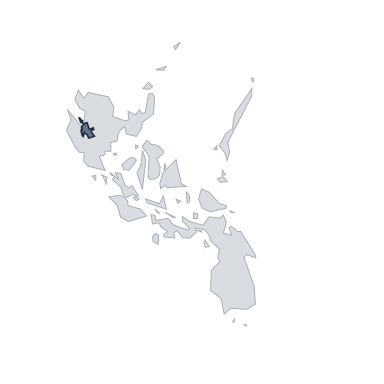 location of Davao del Norte within Philippines, rotated 160°
{"feature_id": "PHL-2591", "entity_name": "Davao del Norte", "entity_type": "Province", "adm_level": 1, "iso_a3": "PHL", "parent_name": "Philippines", "parent_adm1": "", "projection": "albers", "projection_center": [125.674, 7.446], "detail": "fine", "context": "in_parent", "style": "filled", "palette": "slate", "viewbox_px": 384, "rotation_deg": 160, "n_neighbors": 0, "source": "natural_earth", "source_scale": "10m", "svg_char_len": 5073}
<svg xmlns="http://www.w3.org/2000/svg" viewBox="0 0 384 384"><g transform="rotate(160 192 192)"><path d="M180.6,63.0L195.2,69.5L203.5,66.3L201.1,82.2L208.3,93.0L200.6,111.8L189.9,116.8L190.0,122.1L185.7,129.0L191.6,140.9L190.3,144.0L192.9,152.4L201.7,157.2L201.5,152.8L210.0,149.5L216.1,152.1L219.4,161.0L223.3,159.3L223.8,154.7L233.6,159.3L233.4,161.6L228.3,163.2L233.6,170.8L232.9,174.0L240.0,175.5L238.3,185.0L234.7,182.5L236.1,177.9L223.5,175.3L220.6,167.2L209.3,157.8L206.8,158.2L210.7,168.1L209.3,172.2L204.9,165.5L193.1,157.0L184.4,162.8L174.5,157.9L170.4,159.5L170.1,151.7L176.6,142.6L169.6,137.7L169.6,145.8L166.6,146.3L163.0,139.4L159.7,138.2L153.9,109.9L155.1,108.5L161.5,114.2L165.6,113.0L165.8,82.3L170.8,65.0L180.6,63.0ZM266.4,242.1L280.9,251.8L283.2,258.4L279.8,265.7L284.4,267.9L286.3,273.7L288.8,293.1L280.9,301.1L280.9,312.2L273.5,291.3L270.8,292.8L264.6,304.4L268.8,309.0L270.4,318.9L263.9,326.6L261.5,317.0L255.4,321.0L238.2,310.2L236.4,298.2L240.9,290.0L230.0,281.4L226.6,281.6L224.5,289.7L218.6,283.7L213.4,287.2L212.4,283.2L208.9,282.4L199.2,298.9L195.6,298.5L194.9,293.7L201.4,278.6L214.9,274.4L217.7,268.8L225.5,263.4L233.8,268.9L232.8,276.7L240.8,273.1L245.0,265.6L251.5,266.3L254.3,258.0L259.8,260.1L261.2,256.9L267.0,257.2L266.4,242.1ZM223.2,251.8L216.7,256.1L214.1,250.8L208.1,247.4L204.8,240.5L206.3,237.7L214.0,235.2L213.3,226.7L216.7,219.0L222.2,216.8L227.2,218.3L228.3,221.2L220.1,239.8L223.2,251.8ZM261.8,185.9L267.7,192.7L266.8,204.8L271.7,215.8L261.7,213.9L257.7,209.9L255.4,205.5L256.9,201.3L246.0,193.4L243.0,185.0L261.8,185.9ZM195.5,199.2L213.9,204.6L215.0,207.7L220.2,205.8L219.4,210.9L212.4,220.2L196.0,227.8L199.2,203.5L195.5,199.2ZM125.2,251.1L100.4,268.7L103.2,261.7L141.4,226.5L143.1,216.5L148.2,209.6L147.6,216.9L150.6,226.2L140.6,235.0L132.3,237.8L125.2,251.1ZM165.7,165.2L181.6,167.1L187.9,173.3L188.2,183.3L182.0,191.7L175.8,185.7L170.6,172.3L164.4,167.3L165.7,165.2ZM248.5,209.9L255.6,209.3L257.5,212.5L257.3,221.2L262.4,230.9L259.8,233.3L256.7,229.7L257.5,236.5L252.6,233.7L252.7,221.3L250.3,217.6L245.9,218.4L243.7,206.0L248.5,209.9ZM224.3,248.2L224.6,237.7L237.8,211.2L237.1,229.0L230.9,234.5L224.3,248.2ZM248.8,241.4L239.4,245.2L235.6,244.7L233.3,240.8L243.7,233.9L248.5,236.6L248.8,241.4ZM221.9,184.6L237.9,197.2L238.0,201.5L226.6,192.1L220.3,197.9L221.9,184.6ZM244.2,163.5L240.7,165.5L238.0,162.8L241.7,154.5L245.5,158.7L244.2,163.5ZM202.8,306.0L195.4,309.7L192.9,304.6L197.5,303.1L202.8,306.0ZM155.1,189.7L161.9,191.4L163.6,195.7L157.5,195.7L155.1,189.7ZM195.8,165.1L199.7,166.7L197.5,171.9L194.0,169.3L195.8,165.1ZM176.7,316.0L184.3,319.3L173.4,318.9L176.7,316.0ZM270.8,238.9L266.9,234.7L270.3,228.2L269.9,232.2L270.8,238.9ZM200.2,183.1L197.5,194.1L195.7,189.5L197.3,184.1L200.2,183.1ZM158.9,331.3L159.4,334.7L151.9,336.6L158.9,331.3ZM198.4,135.5L198.1,140.5L196.3,142.5L194.5,134.8L198.4,135.5ZM211.0,221.9L207.7,228.3L207.7,224.6L211.0,221.9ZM158.0,197.5L156.1,202.1L154.5,196.7L158.0,197.5ZM249.2,206.8L246.7,207.0L244.3,203.3L247.3,202.9L249.2,206.8ZM209.3,186.4L209.3,190.6L205.7,187.1L209.3,186.4ZM280.5,241.2L276.8,240.4L278.5,235.9L280.5,241.2ZM218.1,173.9L224.5,182.3L216.4,174.0L218.1,173.9ZM157.1,224.8L152.8,227.1L154.0,223.4L157.1,224.8ZM230.0,251.7L229.1,255.3L226.7,253.5L230.0,251.7ZM231.3,184.1L232.7,189.1L229.6,182.8L231.3,184.1ZM97.4,278.5L95.2,278.2L95.8,275.1L97.4,274.7L97.4,278.5ZM253.1,254.6L250.2,254.8L250.0,252.9L251.7,252.5L253.1,254.6ZM272.7,298.9L270.7,296.6L271.3,294.4L272.7,295.5L272.7,298.9ZM162.0,159.1L163.2,161.9L159.8,158.6L162.0,159.1ZM261.6,234.8L262.7,238.5L259.6,234.0L261.6,234.8ZM198.1,56.3L194.9,58.6L197.3,55.3L198.1,56.3ZM201.0,154.8L196.7,152.6L196.8,151.2L201.0,154.8ZM186.5,47.4L189.2,50.0L186.2,48.3L186.5,47.4Z" fill="#d9dde1" stroke="#a8b0b8" stroke-width="1"/><path d="M273.6,290.9L273.2,291.0L272.0,291.9L270.8,292.5L270.5,292.7L270.3,292.5L270.0,292.7L269.7,293.1L269.4,293.3L267.4,293.3L267.0,293.2L266.9,292.9L267.0,286.1L262.7,286.0L262.8,285.5L263.0,285.2L263.1,284.8L263.0,284.3L263.3,284.4L263.5,284.4L263.9,284.3L264.2,284.4L264.7,284.6L265.0,284.6L265.4,284.3L265.7,283.7L265.8,283.1L265.9,282.3L265.8,282.0L265.8,281.8L265.5,281.1L265.4,280.8L265.3,280.1L265.2,279.5L264.5,277.8L270.5,277.9L271.1,282.0L271.4,282.4L271.8,282.9L272.2,283.3L272.6,283.9L272.6,284.8L273.4,284.3L273.9,283.2L274.6,282.2L275.4,281.3L275.9,282.7L275.7,283.2L275.5,283.6L275.3,283.9L275.1,284.1L275.3,284.4L275.6,284.7L275.7,285.4L275.5,286.7L275.4,287.1L274.1,287.4L274.4,287.9L274.7,288.3L274.4,288.4L274.0,288.6L273.7,288.9L273.6,289.3L273.9,289.5L273.8,289.9L273.7,290.2L273.7,290.5L273.7,290.8L273.6,290.9ZM272.9,299.2L272.9,299.4L272.8,299.6L272.7,299.8L272.6,300.3L272.4,300.2L272.1,299.8L271.9,299.4L271.8,298.5L271.5,298.0L271.5,297.8L271.4,297.1L271.1,297.0L270.7,296.8L270.5,296.7L270.4,296.5L270.5,296.2L270.7,295.8L270.8,295.8L270.9,295.5L271.1,294.5L271.1,294.2L271.3,294.1L271.5,294.2L271.6,294.3L271.7,294.5L272.0,294.8L272.4,295.1L272.7,295.4L272.8,295.8L272.7,298.4L272.7,298.9L272.9,299.2Z" fill="#64748b" stroke="#1e293b" stroke-width="1.5"/></g></svg>